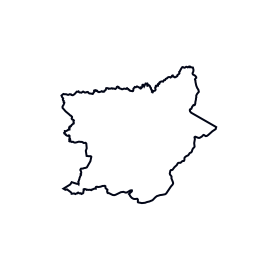 Kasungu, Kasungu, Malawi, rotated 214°
{"feature_id": "42251766B4237185447418", "entity_name": "Kasungu", "entity_type": "district", "adm_level": 2, "iso_a3": "MWI", "parent_name": "Malawi", "parent_adm1": "Kasungu", "projection": "orthographic", "projection_center": [33.451, -12.996], "detail": "fine", "context": "isolated", "style": "outline", "palette": "ink", "viewbox_px": 256, "rotation_deg": 214, "n_neighbors": 0, "source": "geoboundaries", "source_scale": "gbopen_adm2", "svg_char_len": 5841}
<svg xmlns="http://www.w3.org/2000/svg" viewBox="0 0 256 256"><g transform="rotate(214 128 128)"><path d="M160.2,155.7L159.8,154.7L160.4,153.2L161.9,152.8L162.7,152.0L163.6,152.0L164.3,151.0L165.1,150.6L165.8,149.7L166.1,149.6L166.9,149.8L168.3,148.9L167.8,147.0L168.0,146.2L168.4,145.7L168.1,144.9L168.7,144.2L169.2,143.9L170.3,143.9L170.6,143.2L172.1,141.5L173.5,141.2L174.3,141.6L174.8,141.6L174.9,141.1L175.1,140.9L175.4,140.8L175.6,141.1L176.1,141.2L177.0,140.3L177.0,139.9L176.2,139.0L176.4,138.0L176.2,137.3L176.3,136.5L178.2,135.7L179.4,135.0L180.6,135.1L181.3,135.4L181.5,135.4L182.1,134.7L182.5,134.5L182.7,134.0L183.5,133.3L185.6,133.1L186.4,131.2L186.8,131.1L188.0,130.4L188.7,130.3L189.5,130.7L190.0,129.9L190.8,129.5L191.3,126.0L192.1,124.3L193.2,123.8L193.6,123.8L194.0,124.0L194.4,123.7L195.0,123.6L195.4,123.2L195.8,122.3L196.6,121.8L198.4,121.3L199.1,120.7L200.6,120.1L201.3,117.7L199.8,116.7L198.3,116.3L198.0,115.2L197.4,114.7L196.5,114.6L196.0,113.5L195.4,113.3L195.0,113.5L194.9,113.4L194.4,111.2L194.3,109.2L193.9,108.6L193.5,108.1L189.1,106.9L184.4,106.4L182.7,106.1L182.2,106.3L180.7,106.0L180.4,105.7L180.1,104.5L179.7,104.1L178.9,103.9L177.8,104.2L177.1,104.0L177.1,103.4L176.6,102.6L176.2,102.5L175.6,101.5L175.9,101.3L175.9,100.3L176.4,99.1L176.3,97.6L176.6,97.4L176.6,96.8L177.2,96.5L177.2,96.2L176.7,95.6L176.9,95.1L176.5,94.6L176.1,94.4L175.9,94.5L175.6,94.0L175.8,93.8L176.4,93.5L176.7,92.8L176.7,92.4L177.2,91.6L177.9,90.4L178.6,90.1L177.9,89.0L178.2,88.2L177.6,87.8L175.9,87.9L175.7,87.5L174.5,87.5L173.3,87.9L172.9,88.9L172.2,88.9L171.2,87.6L170.9,86.8L170.1,86.7L169.7,86.4L170.1,85.4L169.7,85.1L169.2,85.1L169.4,84.4L169.3,84.2L169.0,84.2L167.4,85.0L166.7,85.0L166.0,85.8L164.5,85.9L163.9,86.2L163.2,86.7L161.1,89.2L159.1,90.2L158.5,90.7L157.2,90.9L156.6,90.7L156.1,91.0L154.9,92.0L154.2,91.9L153.9,91.8L150.9,88.1L150.2,85.5L146.7,81.7L144.9,82.6L143.1,83.8L142.3,83.6L140.6,79.4L140.1,72.4L140.8,71.3L141.9,70.3L142.7,69.2L144.2,68.0L144.2,66.9L143.8,66.3L143.1,66.1L142.0,65.1L141.6,64.5L141.6,63.3L140.7,62.9L140.6,61.1L140.4,60.5L140.2,59.4L139.7,58.4L139.7,57.9L139.2,56.5L139.2,55.7L137.8,54.4L137.5,53.7L138.0,53.8L139.3,53.1L144.4,51.6L144.3,48.9L147.6,41.6L145.6,41.7L145.1,41.9L144.3,43.0L139.6,42.8L138.1,42.3L137.9,42.0L136.1,43.6L134.7,43.8L134.2,44.8L133.6,45.3L133.6,45.9L133.3,46.5L133.0,46.4L132.6,46.6L131.8,46.6L130.7,47.5L130.1,47.2L129.6,47.3L129.3,48.0L129.0,48.3L128.8,49.2L129.7,50.9L129.7,51.5L130.5,52.3L130.2,52.9L128.7,53.7L127.8,53.5L127.1,54.2L126.6,54.3L124.9,55.6L123.7,55.9L123.4,56.3L123.4,57.1L122.8,57.6L122.1,58.8L120.8,59.7L121.5,60.5L121.6,61.1L121.4,61.5L120.6,62.1L119.9,62.2L119.0,63.0L118.0,63.9L116.7,65.7L115.1,66.8L114.9,67.1L114.2,67.1L113.7,66.4L112.8,65.5L110.6,65.4L110.3,64.9L110.1,64.0L109.4,63.6L109.0,62.9L108.6,62.8L108.2,62.8L107.5,63.3L107.0,63.4L103.3,63.9L101.9,64.6L101.0,65.6L98.0,70.8L96.1,72.5L93.9,73.1L93.1,73.7L92.5,74.6L91.2,77.5L90.0,78.5L89.6,78.2L89.4,77.5L90.3,73.8L89.3,73.5L88.1,72.8L85.9,72.2L84.2,72.3L83.4,72.5L82.3,73.2L81.1,74.2L80.6,74.5L79.7,74.1L78.4,72.1L78.0,72.0L74.5,73.5L72.1,75.5L70.8,77.3L69.2,79.0L67.4,81.7L67.2,82.3L66.6,85.7L66.0,87.6L63.9,90.3L62.4,91.6L60.2,93.8L59.7,95.1L59.7,103.5L59.4,105.9L59.5,107.0L59.8,107.6L60.7,108.4L63.8,110.5L64.7,112.0L65.4,112.4L66.9,112.8L67.6,113.3L67.9,113.6L69.0,116.2L68.9,117.1L67.8,118.1L67.7,118.4L67.6,121.4L66.8,124.6L67.0,126.0L66.9,127.0L66.3,127.7L65.0,128.5L64.5,130.7L64.0,131.4L63.5,131.7L63.2,132.1L63.4,133.1L64.4,134.7L64.5,135.4L64.0,137.1L62.8,139.1L62.8,141.7L61.9,143.3L62.0,144.5L62.4,145.6L62.6,146.7L62.6,147.9L62.3,149.0L62.4,149.8L64.7,152.5L66.3,156.1L66.9,156.8L67.5,157.2L67.7,157.7L67.5,158.2L67.2,158.5L64.3,159.1L63.1,159.9L62.0,162.2L61.7,164.1L61.4,164.6L61.0,164.7L59.1,164.7L58.8,164.9L58.2,165.5L57.6,167.0L56.2,172.5L54.7,176.1L55.4,178.1L84.2,176.0L85.9,176.5L86.5,177.3L86.8,177.4L87.0,178.0L86.9,178.4L86.2,179.3L86.7,181.6L86.6,182.5L86.6,183.5L86.3,184.0L85.7,184.1L85.5,184.7L86.1,186.3L86.6,187.0L87.6,189.6L88.3,190.7L88.5,191.6L89.2,192.5L89.6,193.2L89.8,195.1L89.5,197.6L91.1,199.1L93.0,199.9L95.1,201.3L97.9,204.0L98.7,205.1L99.5,205.5L99.8,206.3L99.5,207.8L100.0,208.4L101.6,208.9L104.1,208.7L104.9,209.2L105.2,209.8L105.4,211.2L105.8,212.1L106.4,213.0L108.0,214.4L108.7,214.0L110.1,213.6L110.9,213.6L110.8,212.9L112.0,212.7L112.3,211.7L113.7,211.5L114.0,211.3L114.5,210.0L115.1,209.4L116.2,209.3L117.0,208.9L117.1,207.3L116.9,204.8L116.7,204.0L116.9,203.0L116.0,202.2L115.9,201.9L116.1,200.9L116.6,199.6L116.2,198.9L116.2,198.4L116.6,198.0L116.9,196.8L117.7,196.1L118.7,196.2L119.2,195.9L120.3,196.6L120.5,196.4L120.7,196.0L120.6,194.9L120.9,193.7L121.6,193.7L122.7,193.0L123.4,191.9L123.4,191.0L124.2,189.8L124.1,188.4L124.9,187.7L124.9,186.0L125.7,185.8L126.0,185.6L127.0,184.4L127.0,183.9L127.3,183.6L127.4,183.1L126.7,182.4L126.7,182.2L126.8,181.9L127.6,181.5L127.7,181.2L126.8,179.9L128.3,179.0L128.5,178.5L128.3,178.1L127.8,177.9L128.1,177.0L127.9,176.4L126.6,175.3L126.5,175.0L126.5,174.2L126.8,173.7L127.6,172.9L127.5,171.3L127.9,171.2L128.4,171.3L128.5,171.8L129.2,172.7L129.6,172.6L130.6,173.1L131.3,174.0L132.1,174.0L132.9,174.8L133.6,175.1L134.6,175.2L135.1,174.2L135.5,173.8L136.1,174.3L136.3,175.4L136.8,175.7L137.4,175.0L138.1,174.9L138.3,174.7L137.9,171.5L139.3,172.3L139.8,172.3L140.0,172.0L140.1,171.6L139.7,171.0L139.2,169.6L139.3,168.5L139.5,167.8L139.9,167.7L140.5,168.2L140.6,167.9L143.8,167.5L144.0,167.1L144.3,166.1L145.3,165.8L145.5,163.6L144.7,162.3L144.5,161.5L144.7,161.1L145.2,161.0L145.9,160.5L147.2,160.0L147.7,160.0L148.1,160.3L149.1,160.1L149.6,160.5L150.3,160.3L151.1,160.5L151.2,160.3L151.4,159.3L152.8,158.7L153.5,158.2L154.2,157.1L155.1,156.6L156.0,156.6L156.6,156.3L157.8,156.1L158.3,156.6L158.9,156.7L159.9,156.4L160.2,155.7Z" fill="none" stroke="#020617" stroke-width="2"/></g></svg>